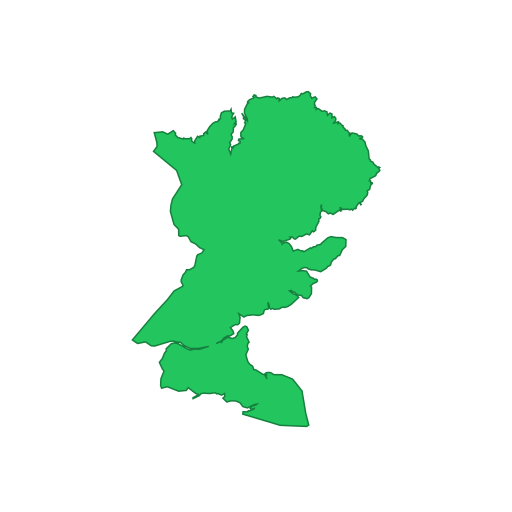 Tomil, Yap, Federated States of Micronesia (orthographic projection), rotated 227°
{"feature_id": "79324940B66206681775054", "entity_name": "Tomil", "entity_type": "district", "adm_level": 2, "iso_a3": "FSM", "parent_name": "Federated States of Micronesia", "parent_adm1": "Yap", "projection": "orthographic", "projection_center": [138.15, 9.542], "detail": "fine", "context": "isolated", "style": "filled", "palette": "green", "viewbox_px": 512, "rotation_deg": 227, "n_neighbors": 0, "source": "geoboundaries", "source_scale": "gbopen_adm2", "svg_char_len": 6155}
<svg xmlns="http://www.w3.org/2000/svg" viewBox="0 0 512 512"><g transform="rotate(227 256 256)"><path d="M278.9,108.3L272.8,109.7L268.5,116.6L261.7,118.2L259.3,120.4L252.3,134.7L250.2,137.4L245.3,140.8L244.9,141.8L239.7,142.3L233.1,145.0L227.6,150.9L222.1,159.9L226.2,151.2L230.2,147.0L231.8,144.0L234.7,142.4L245.1,139.2L248.0,137.1L249.6,134.3L249.4,127.0L247.9,125.9L247.3,122.6L245.0,117.9L244.1,112.8L237.3,110.5L234.6,110.3L231.1,102.8L226.3,97.9L223.7,96.8L220.8,102.0L209.9,107.2L205.2,113.4L206.0,116.6L196.4,118.2L194.3,119.5L193.9,119.0L195.3,113.2L194.6,112.7L192.5,119.5L192.9,121.7L191.5,124.1L187.0,128.3L183.8,132.9L181.8,133.3L181.4,134.3L177.8,135.9L176.8,139.2L174.5,137.1L174.6,134.8L169.1,135.1L167.2,138.8L164.0,142.2L159.6,144.2L154.8,143.7L150.8,146.1L148.5,153.5L147.1,155.7L147.1,154.5L149.0,150.7L148.6,147.8L147.2,147.8L145.7,150.8L145.4,150.4L147.1,145.5L147.9,145.2L148.1,143.2L150.9,140.3L149.3,138.5L115.7,158.2L96.8,176.8L96.4,179.3L106.9,185.0L125.9,197.6L141.0,198.8L151.6,193.9L156.9,188.2L160.6,187.2L162.0,186.1L163.7,183.9L163.7,182.6L161.6,182.5L161.6,181.5L158.5,180.2L163.8,181.4L164.5,180.4L172.5,178.3L174.6,176.9L177.6,178.4L181.3,177.6L184.4,178.0L190.7,181.2L193.1,186.8L195.6,187.8L197.5,190.2L197.7,192.2L203.4,194.0L204.5,195.9L205.6,195.7L206.8,199.8L210.5,201.0L212.2,200.2L212.8,197.6L212.2,190.0L210.9,188.6L210.6,185.1L211.8,182.4L215.8,180.0L217.1,173.9L216.3,172.1L217.2,172.2L219.2,167.1L217.5,172.9L217.9,177.1L216.9,181.1L215.9,181.3L215.2,182.9L214.4,186.8L216.8,188.0L221.1,188.5L220.0,194.1L218.2,195.7L218.1,198.1L222.0,202.5L225.5,204.1L219.6,205.5L218.8,208.6L214.9,213.8L210.6,217.5L209.3,220.5L208.9,222.2L210.6,224.8L210.6,226.3L209.0,228.5L209.2,229.5L214.1,233.2L211.0,232.1L208.8,230.4L207.0,230.5L206.4,232.3L204.6,233.0L201.4,237.0L200.7,240.5L198.9,241.8L197.4,244.7L196.6,249.1L196.6,258.9L199.8,259.0L202.8,257.5L207.7,256.6L207.3,257.5L206.8,258.4L204.4,258.3L203.4,259.6L201.1,259.5L198.3,260.5L196.0,262.4L193.5,262.0L192.1,262.7L191.8,263.4L190.0,264.1L189.5,266.4L190.7,270.9L195.2,275.3L197.0,275.4L196.8,279.3L195.6,282.3L195.9,284.0L196.8,284.5L198.0,284.2L199.2,282.7L200.5,282.8L203.9,281.2L210.5,282.6L213.9,279.7L216.0,276.8L215.7,280.7L214.7,283.4L212.5,285.3L210.9,285.4L208.4,286.8L205.7,289.5L200.4,292.6L199.0,299.2L199.5,301.3L198.6,303.2L198.7,304.7L200.1,306.7L200.7,310.5L199.9,312.3L200.3,316.2L199.3,317.5L201.7,323.4L201.8,328.2L206.6,333.0L210.4,331.8L215.1,327.0L219.0,324.1L220.3,321.1L220.7,312.3L220.2,311.5L222.4,307.9L222.1,306.1L223.6,304.2L223.9,301.7L224.8,301.4L226.5,293.8L228.0,293.7L229.2,292.3L232.3,291.1L234.2,286.6L238.8,288.4L242.6,288.7L245.2,287.8L246.9,285.1L246.9,283.3L247.8,284.0L252.4,283.6L248.9,285.1L248.1,286.1L245.2,292.2L245.3,293.5L246.7,293.8L245.1,295.5L242.2,295.7L241.4,296.5L241.2,300.9L239.0,302.9L237.7,308.0L235.0,309.5L236.0,314.4L234.5,314.5L234.2,315.6L234.3,317.4L236.1,319.1L238.4,325.6L240.3,327.3L239.9,328.9L240.5,330.2L242.0,330.4L244.0,332.8L244.2,334.8L248.0,337.1L248.8,339.3L247.5,337.0L243.7,335.7L240.6,337.5L238.1,337.5L237.2,338.0L237.0,339.6L233.8,340.7L232.6,348.7L231.3,348.4L230.9,349.2L233.9,350.4L233.7,350.8L231.0,351.0L227.5,355.2L225.8,356.1L225.2,357.8L223.6,357.9L223.8,360.2L222.6,361.1L222.7,362.1L223.6,362.5L224.8,367.6L224.4,368.1L222.1,367.5L221.9,368.0L224.1,368.4L223.3,371.2L224.2,373.5L224.7,378.7L225.9,380.7L227.8,381.9L227.2,384.6L229.5,387.8L229.7,390.6L230.4,390.9L231.2,389.7L232.7,391.0L233.6,390.1L234.8,392.1L233.1,398.2L234.2,400.6L233.9,404.4L234.4,405.1L236.6,405.6L236.4,406.8L237.5,406.4L237.4,405.6L239.5,405.3L242.8,404.9L244.9,405.5L247.2,404.4L248.1,405.2L249.9,405.0L256.2,409.8L261.7,411.5L265.0,413.4L268.9,413.5L271.4,411.5L270.2,413.8L270.3,415.2L271.9,415.1L273.9,412.9L276.4,413.0L280.5,410.2L280.1,406.3L281.3,406.9L281.9,408.5L282.9,408.0L285.8,408.4L287.0,407.1L288.7,407.9L290.6,407.4L291.9,408.5L293.8,407.8L295.4,408.2L296.4,407.8L296.9,406.2L298.0,407.8L300.2,403.6L301.1,407.2L302.4,408.3L304.6,408.4L305.2,405.8L308.0,408.4L310.1,407.6L310.2,404.2L313.1,406.2L315.4,405.1L316.8,403.0L321.0,402.2L322.4,401.0L322.3,400.3L323.5,401.5L324.6,400.1L325.8,402.0L327.1,402.2L328.4,403.6L329.3,407.7L332.1,407.8L333.4,404.4L336.4,405.1L337.4,406.6L340.4,406.4L341.8,404.7L342.6,401.0L344.0,400.0L343.3,397.7L343.8,395.2L346.3,392.0L347.4,391.5L347.2,390.6L348.8,388.4L349.5,385.2L351.9,385.0L353.5,382.7L353.7,378.8L355.2,380.5L356.8,379.7L356.7,378.5L360.6,377.9L361.1,376.3L365.2,373.0L369.4,365.9L372.6,364.5L373.4,365.4L375.1,364.6L374.7,362.5L373.3,362.7L373.2,361.9L374.7,357.9L374.6,355.1L374.0,354.6L372.8,355.5L373.5,354.1L371.1,347.7L368.5,345.1L362.1,343.1L360.7,341.9L370.2,343.0L366.4,342.0L365.0,340.5L362.1,340.8L361.1,338.5L359.7,338.7L356.8,332.3L356.7,329.3L354.0,326.6L352.3,326.2L349.9,327.5L353.2,323.2L352.5,321.9L350.5,322.6L349.4,321.1L350.2,320.5L349.9,319.4L351.6,314.8L350.7,313.4L352.2,313.1L352.4,312.4L351.2,311.9L347.8,307.0L352.8,309.0L354.8,313.4L356.8,313.9L357.8,318.3L359.7,320.1L361.2,320.3L362.1,321.4L362.1,323.6L365.5,327.4L365.1,328.6L365.9,331.5L366.6,331.9L367.4,330.4L367.9,333.1L371.9,335.7L372.1,332.4L373.4,332.4L374.9,334.3L375.6,337.0L377.4,335.7L380.3,337.8L379.7,336.0L383.5,331.6L384.3,328.3L382.4,325.1L380.6,323.6L381.3,322.1L380.5,321.9L380.9,320.8L380.2,319.8L381.7,318.0L382.5,314.9L382.2,310.3L380.7,305.0L377.7,303.9L381.0,303.9L381.2,301.2L380.3,300.6L380.1,299.3L381.9,296.8L381.0,295.7L383.4,294.9L382.0,289.8L380.3,288.2L383.3,287.4L384.5,287.6L385.4,288.9L387.0,289.2L387.1,287.4L390.4,283.9L391.5,283.7L391.3,282.5L396.1,279.6L399.7,279.6L400.6,280.9L404.1,281.0L405.3,274.5L410.4,272.5L415.6,265.7L406.6,260.9L403.5,258.3L402.4,252.4L372.7,256.3L358.8,250.3L354.7,233.9L351.2,228.5L347.0,223.8L334.9,217.5L328.4,217.7L323.7,213.5L322.2,213.9L318.4,219.0L316.2,219.6L310.8,218.2L305.9,220.1L300.8,220.4L296.1,222.3L295.1,218.5L296.7,214.2L296.3,212.6L290.7,204.7L290.2,202.7L291.3,198.0L293.3,195.8L292.1,192.7L292.0,190.1L289.7,185.2L288.2,183.7L284.5,182.7L283.8,181.8L286.3,172.3L284.5,161.5L283.1,142.9L278.9,108.3Z" fill="#22c55e" stroke="#15803d" stroke-width="1.5"/></g></svg>